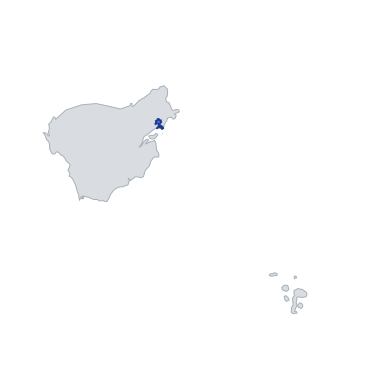 Santa Rosa, El Oro, Ecuador (highlighted), rotated 215°
{"feature_id": "8360857B25401291560682", "entity_name": "Santa Rosa", "entity_type": "district", "adm_level": 2, "iso_a3": "ECU", "parent_name": "Ecuador", "parent_adm1": "El Oro", "projection": "natural_earth1", "projection_center": [-80.02, -3.392], "detail": "fine", "context": "in_parent", "style": "filled", "palette": "blue", "viewbox_px": 384, "rotation_deg": 215, "n_neighbors": 0, "source": "geoboundaries", "source_scale": "gbopen_adm2", "svg_char_len": 7878}
<svg xmlns="http://www.w3.org/2000/svg" viewBox="0 0 384 384"><g transform="rotate(215 192 192)"><path d="M347.8,155.3L346.7,156.1L344.1,156.5L342.1,155.7L341.3,155.7L341.2,156.5L343.9,158.5L345.1,162.0L347.0,164.2L348.2,165.2L348.3,166.0L347.9,167.4L347.8,168.6L348.5,174.0L348.0,174.3L346.6,174.3L345.4,173.4L342.3,186.8L332.4,200.1L321.2,209.5L308.2,215.0L298.6,218.8L297.2,220.2L292.5,226.9L292.3,227.6L292.9,228.7L293.0,229.5L292.3,229.9L291.7,230.0L291.4,229.6L291.2,228.8L290.6,228.0L289.8,227.8L289.4,228.0L289.4,228.7L288.4,232.3L288.3,234.1L287.9,234.8L288.0,236.3L287.0,237.8L286.3,240.2L285.5,241.0L284.5,244.7L283.0,248.5L282.9,249.7L283.4,250.6L283.5,251.4L282.9,253.7L279.5,255.9L278.7,257.0L278.3,258.3L278.5,259.3L278.4,260.2L277.4,260.5L276.3,262.7L275.4,263.1L273.3,262.4L271.8,262.4L270.6,261.7L268.2,258.2L267.3,256.1L267.1,253.2L264.7,251.3L261.7,251.8L260.8,251.1L258.6,249.9L256.6,248.5L255.2,247.8L254.1,248.1L252.3,250.5L250.5,251.5L249.8,251.4L248.7,250.8L248.5,249.9L251.1,245.9L249.2,245.8L248.5,244.9L248.4,243.9L248.1,242.8L248.5,241.5L249.5,240.8L251.0,241.3L252.1,241.4L252.8,240.1L254.1,239.2L254.4,238.6L253.7,236.6L253.5,235.5L253.7,234.9L253.6,232.7L253.2,231.9L253.2,230.7L252.8,230.1L252.6,228.6L251.7,227.8L254.8,226.3L255.9,225.2L257.3,224.2L258.5,222.7L259.3,221.2L261.2,214.3L263.0,209.9L262.7,207.8L261.2,205.0L260.9,200.8L261.0,199.6L260.9,198.6L259.9,200.3L260.1,206.5L259.3,209.2L258.1,209.9L257.3,209.4L257.7,204.9L256.8,205.7L255.4,208.8L253.1,211.0L253.0,211.8L252.4,212.7L250.6,211.9L249.3,210.9L244.8,205.9L241.8,204.8L240.1,203.1L239.7,202.3L239.5,201.3L241.3,200.2L243.2,198.8L243.3,195.7L243.3,193.2L241.9,189.0L242.6,183.5L242.2,181.4L240.6,176.8L241.8,174.5L246.0,172.8L247.3,171.7L248.2,168.1L249.2,165.9L251.0,166.8L252.5,166.7L250.5,165.9L248.9,162.6L248.6,161.1L251.7,156.6L253.3,155.5L255.3,153.1L257.0,149.6L257.4,143.9L256.7,139.9L256.2,135.7L257.2,134.6L259.7,134.0L261.7,132.6L262.8,131.4L265.2,131.6L268.0,129.6L272.6,128.6L278.8,126.4L280.2,124.4L279.6,120.9L281.9,123.0L283.0,124.7L286.2,126.5L290.0,129.9L292.6,131.6L295.3,133.2L299.2,134.8L301.7,134.5L302.7,137.0L303.6,137.8L305.9,138.6L306.2,138.9L307.0,143.6L307.5,144.3L309.5,145.0L311.9,145.3L312.9,145.2L315.0,146.5L318.3,147.5L319.5,147.7L320.0,147.5L320.2,147.0L321.2,147.1L322.6,147.7L324.7,147.8L326.0,147.2L326.3,144.6L326.7,144.1L328.2,143.1L329.0,143.3L332.9,145.4L333.6,146.1L334.6,147.5L336.4,149.7L338.4,151.0L341.4,151.6L344.4,153.8L347.8,155.3ZM42.8,152.4L44.0,153.9L44.7,157.9L48.5,162.2L49.0,164.6L48.6,165.7L48.8,166.1L50.6,167.8L51.8,169.6L49.8,173.7L45.5,175.5L40.9,175.4L40.0,175.0L38.8,173.4L38.6,172.0L39.3,170.6L41.7,168.6L45.3,166.7L45.7,165.3L44.3,164.0L43.3,161.2L41.0,159.3L39.8,153.5L39.1,153.2L37.5,154.0L36.8,153.3L36.6,152.9L38.3,151.6L38.7,150.7L41.1,150.2L42.2,151.0L42.8,152.4ZM60.7,170.0L59.7,170.1L56.8,167.9L57.0,165.8L58.1,164.4L62.0,163.7L63.6,165.0L63.4,167.5L62.1,169.4L61.1,169.7L60.7,170.0ZM255.3,218.6L255.0,219.4L253.2,219.4L252.6,219.1L253.1,215.0L253.6,213.7L255.1,212.5L256.3,211.9L257.9,212.0L259.6,213.1L257.6,215.2L256.1,215.8L255.3,218.6ZM39.9,163.2L38.0,163.5L36.4,162.8L35.7,161.6L35.5,159.9L35.7,159.3L39.2,158.6L40.4,160.1L40.4,162.3L39.9,163.2ZM78.2,173.1L75.9,174.0L74.7,173.1L74.6,172.6L75.8,171.2L77.0,170.5L78.1,168.9L80.1,168.0L80.7,168.2L81.1,168.5L81.2,169.1L80.5,170.3L79.3,171.2L78.2,173.1ZM56.1,160.4L55.3,161.0L51.7,160.3L50.5,159.0L51.4,157.2L52.2,156.5L54.4,157.2L56.5,159.1L56.1,160.4ZM59.0,182.6L58.3,182.6L57.2,181.7L58.0,179.9L59.5,180.8L59.9,181.5L59.0,182.6ZM278.7,125.3L277.6,125.5L277.1,124.5L278.4,123.2L278.8,123.0L278.7,125.3Z" fill="#d9dde1" stroke="#a8b0b8" stroke-width="1"/><path d="M258.9,232.8L259.0,232.7L259.0,232.8L259.0,232.7L259.1,232.8L259.0,232.6L259.2,232.4L259.3,232.3L259.7,232.4L260.0,232.6L260.3,232.4L260.5,232.6L261.1,232.9L261.4,232.8L261.5,232.6L261.6,232.2L262.0,232.2L262.2,231.9L262.1,231.6L261.9,231.7L261.8,231.8L261.6,231.6L261.4,231.4L261.1,231.2L260.9,230.9L261.0,230.7L261.4,230.7L261.7,230.8L261.7,230.6L261.7,230.4L261.8,230.0L262.0,229.7L262.3,229.7L262.3,229.3L262.1,229.1L261.9,228.9L262.0,228.9L261.9,228.8L261.7,228.4L261.5,227.6L261.4,227.4L261.1,227.3L261.1,227.2L261.0,227.3L260.9,227.2L260.8,227.3L260.7,227.3L260.6,227.2L260.6,227.3L260.5,227.5L260.4,227.6L260.1,227.5L259.9,227.7L259.8,228.1L259.6,228.3L259.5,228.6L259.4,228.7L259.0,228.8L258.8,228.7L258.6,228.7L258.5,228.8L258.3,228.8L258.2,228.6L258.1,228.4L257.7,228.2L257.9,227.8L257.8,227.7L257.7,227.4L257.3,227.1L257.2,227.4L257.1,227.5L256.9,227.6L256.8,227.9L257.0,227.8L257.3,228.0L257.2,228.0L257.3,228.2L257.3,228.3L257.4,228.2L257.5,228.2L257.5,228.3L257.5,228.2L257.4,228.3L257.3,228.2L257.2,228.3L257.3,228.4L257.4,228.9L257.5,229.2L257.5,229.3L257.6,229.5L257.6,229.8L257.6,230.0L257.5,230.4L257.4,230.5L257.5,230.6L257.3,230.8L257.2,231.0L257.3,231.2L257.3,231.3L257.5,231.5L257.4,231.6L257.8,231.8L257.9,231.7L258.0,231.8L258.3,231.9L258.2,232.1L258.0,232.5L258.4,232.5L258.7,232.4L258.8,232.5L258.9,232.8ZM253.8,226.8L253.8,226.6L253.7,226.6L253.6,226.9L253.9,227.3L254.0,227.9L254.1,228.0L254.4,227.9L254.8,228.2L254.8,228.3L255.2,228.2L255.8,228.1L255.7,227.7L255.4,227.7L255.3,227.8L255.3,227.7L255.6,227.6L255.8,227.7L255.8,228.1L256.0,228.2L256.2,228.4L256.5,228.3L256.6,228.2L256.5,227.9L256.4,227.9L256.2,228.1L256.0,227.9L256.2,227.6L255.9,227.4L256.0,227.3L256.0,227.2L256.0,226.9L256.0,226.7L255.9,226.7L255.8,226.9L255.7,226.8L255.4,227.0L255.5,227.1L255.4,227.2L255.5,227.2L255.3,227.2L255.3,227.3L255.4,227.5L255.3,227.4L255.2,227.5L255.0,227.3L254.9,227.3L254.6,227.6L254.4,227.7L254.6,227.5L254.7,227.4L254.6,227.2L254.5,227.3L254.4,227.4L254.3,227.6L254.3,227.4L254.5,227.1L254.7,226.9L254.7,226.7L254.4,226.7L254.0,226.7L253.8,226.8ZM257.3,225.4L257.0,225.3L256.8,225.4L256.7,225.4L256.7,225.6L256.2,225.9L256.4,225.9L256.2,226.1L256.3,226.2L256.2,226.2L255.7,226.3L255.9,226.4L256.1,226.5L256.4,226.5L256.6,226.5L256.8,226.6L256.7,226.6L256.4,226.5L256.1,226.6L256.1,226.9L256.3,227.0L256.5,227.0L256.4,227.4L256.5,227.3L256.4,227.1L256.2,227.0L256.2,227.3L255.9,227.3L256.3,227.6L256.1,227.8L256.2,228.0L256.3,228.0L256.4,227.9L256.6,227.9L256.7,227.6L257.2,227.2L257.1,226.9L257.2,225.8L257.0,225.7L257.0,225.8L257.2,225.7L257.3,225.4ZM253.2,226.5L252.8,226.9L252.8,227.1L253.0,227.2L253.1,227.5L253.5,228.0L253.5,228.4L253.9,228.4L254.2,228.3L254.3,228.3L254.4,228.5L254.7,228.4L254.6,228.2L254.4,227.9L254.2,228.1L253.9,227.9L253.8,227.4L253.6,227.4L253.3,227.1L253.3,227.3L253.5,227.5L253.3,227.4L253.2,227.5L253.3,227.4L253.2,227.1L253.3,227.0L253.2,226.8L253.3,226.6L253.2,226.5ZM257.3,224.4L257.4,224.2L257.3,223.9L257.2,223.9L257.0,224.2L256.8,224.9L256.5,225.5L256.7,225.4L256.8,225.4L257.0,225.3L257.4,225.4L257.6,225.0L257.5,224.8L257.4,224.4L257.3,224.4ZM253.4,228.4L253.1,227.9L252.9,227.9L252.9,227.7L252.7,227.6L252.6,227.4L252.5,227.2L252.5,226.8L252.7,226.7L252.3,227.2L252.1,227.4L252.0,227.6L252.1,227.8L252.3,228.1L253.0,228.1L253.3,228.4L253.4,228.4ZM255.3,226.6L255.2,226.5L254.8,226.6L254.6,227.1L254.7,227.3L255.0,227.2L255.5,226.7L255.3,227.0L255.0,227.2L255.2,227.4L255.2,227.5L255.3,227.4L255.3,227.2L255.4,226.9L255.5,226.7L255.3,226.6ZM253.7,227.3L253.4,226.7L253.2,226.8L253.3,227.1L253.6,227.3L253.7,227.3ZM253.4,228.3L253.5,228.0L253.1,227.8L253.2,228.0L253.3,228.3L253.4,228.3ZM256.0,226.6L255.9,226.5L255.6,226.7L255.8,226.8L256.0,226.6ZM253.1,228.2L252.9,228.2L253.0,228.2L253.0,228.3L253.3,228.5L253.1,228.2L253.2,228.3L253.1,228.2ZM253.0,227.5L252.9,227.3L252.8,227.2L252.8,227.3L253.0,227.5ZM253.7,228.7L253.9,228.7L253.6,228.6L253.7,228.7ZM249.5,223.0L249.7,222.9L249.5,223.0L249.5,223.0ZM253.1,227.9L253.0,227.7L252.9,227.9L253.1,227.9ZM252.8,227.6L252.8,227.4L252.7,227.4L252.7,227.6L252.8,227.6ZM252.6,228.3L252.7,228.2L252.6,228.3Z" fill="#3b82f6" stroke="#1e3a8a" stroke-width="1.5"/></g></svg>